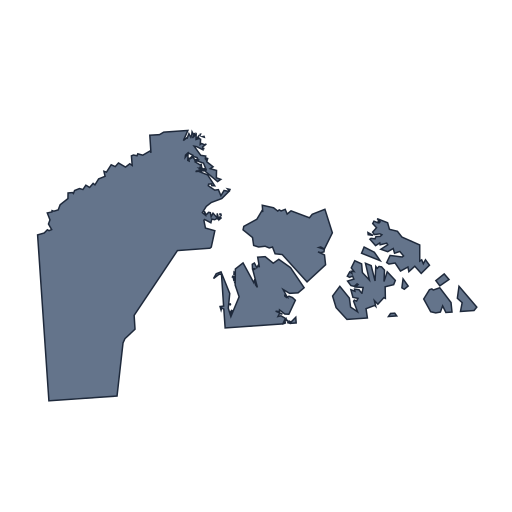 an SVG outline of Northwest Territories, rotated 86°
{"feature_id": "CAN-635", "entity_name": "Northwest Territories", "entity_type": "Territory", "adm_level": 1, "iso_a3": "CAN", "parent_name": "Canada", "parent_adm1": "", "projection": "mercator", "projection_center": [-123.126, 69.383], "detail": "fine", "context": "isolated", "style": "filled", "palette": "slate", "viewbox_px": 512, "rotation_deg": 86, "n_neighbors": 0, "source": "natural_earth", "source_scale": "10m", "svg_char_len": 6156}
<svg xmlns="http://www.w3.org/2000/svg" viewBox="0 0 512 512"><g transform="rotate(86 256 256)"><path d="M126.0,315.2L135.8,320.4L133.1,316.6L134.3,316.7L129.3,314.4L133.0,312.7L130.0,311.3L129.6,308.6L133.8,311.2L130.4,307.2L135.6,307.7L134.8,304.5L135.7,303.1L140.9,303.9L140.0,302.4L141.4,299.7L140.8,297.7L143.5,301.7L146.3,301.6L142.8,307.5L142.1,310.1L151.7,304.1L152.8,299.2L155.5,299.8L157.0,298.7L154.8,298.9L155.4,297.4L158.5,298.6L164.0,292.6L165.7,295.6L167.9,289.4L175.2,290.1L177.1,285.8L179.1,289.1L167.5,301.2L166.7,299.6L159.7,301.9L157.1,308.0L156.3,306.9L155.8,309.9L155.4,307.2L153.7,307.9L152.7,310.6L152.8,313.7L151.2,311.8L148.3,316.6L150.4,319.3L152.6,319.7L149.1,316.6L155.9,317.4L156.6,316.1L153.6,316.4L154.4,314.8L153.0,312.1L155.9,310.2L156.4,308.3L156.0,310.9L157.1,308.4L157.9,310.1L161.7,304.8L160.2,304.2L163.9,304.1L163.2,306.2L165.2,302.6L164.5,306.6L165.9,305.0L165.3,300.8L166.1,305.5L166.1,300.1L166.2,306.4L167.5,301.8L166.7,306.1L167.8,305.1L166.9,309.0L167.6,310.4L167.5,307.5L171.8,298.5L183.1,292.3L182.7,295.2L180.9,295.4L181.0,298.3L182.6,298.7L187.4,292.6L187.2,288.9L193.4,286.8L188.4,283.3L189.7,278.5L196.3,286.1L199.5,296.9L203.0,302.1L209.0,306.5L211.7,303.7L207.7,304.4L211.5,302.9L209.1,300.2L209.6,298.5L213.7,298.0L210.3,295.9L215.2,292.1L210.8,291.7L216.8,290.6L214.2,289.1L215.7,288.2L217.2,290.2L215.9,292.4L216.9,294.8L216.1,297.5L219.7,298.7L216.0,304.7L216.7,305.5L224.6,304.5L227.9,295.3L244.0,300.0L245.0,301.4L245.1,334.0L306.7,381.7L320.6,381.8L329.3,392.5L333.4,394.7L386.0,404.4L386.0,472.7L219.7,472.4L218.3,465.7L215.3,462.3L216.3,460.7L215.4,458.0L209.6,460.8L205.6,459.0L198.5,461.2L197.8,456.5L196.5,456.3L197.2,454.5L196.2,450.1L191.2,447.8L185.6,439.6L180.0,439.1L179.9,434.7L180.9,433.8L178.0,432.4L176.4,427.4L177.6,424.0L173.5,420.8L176.0,417.2L172.2,413.4L173.8,411.7L168.1,407.6L166.0,401.0L160.9,401.8L161.9,399.3L154.9,394.1L157.0,390.2L153.6,386.7L158.2,380.0L155.2,375.5L157.0,373.2L147.4,373.3L146.7,371.2L147.7,367.7L145.8,366.8L147.5,361.9L143.8,354.3L145.7,353.6L128.1,353.5L128.2,343.8L126.0,339.4L126.0,315.2ZM275.5,299.9L270.9,296.9L269.4,292.0L291.6,284.8L306.1,287.3L314.7,285.3L295.5,275.7L283.6,278.8L267.5,277.5L262.0,269.4L282.4,260.1L278.9,258.7L284.7,258.5L287.4,256.8L269.8,260.1L268.5,257.3L268.6,260.4L264.0,260.3L262.9,258.1L267.7,256.0L265.5,254.5L267.5,253.4L257.3,254.4L257.3,246.9L264.4,239.3L260.9,233.5L270.0,222.4L291.0,210.2L295.7,216.6L295.6,225.1L291.3,231.3L299.1,227.8L297.4,230.1L298.0,230.1L299.6,228.3L298.4,225.9L300.0,222.5L302.9,219.8L316.4,227.3L315.9,231.3L311.4,236.3L313.1,236.5L312.4,240.3L315.8,233.7L315.2,236.6L317.9,238.3L317.4,235.3L320.3,231.0L325.6,234.0L325.6,291.8L306.7,291.8L305.5,293.9L307.5,294.6L303.9,295.4L303.7,291.8L271.8,291.7L271.7,294.2L275.5,299.9ZM285.4,206.9L256.4,229.7L255.1,236.8L248.2,238.9L248.9,242.2L246.9,246.2L247.2,252.8L245.3,257.6L237.3,258.2L229.0,267.1L225.6,266.1L219.4,252.6L210.5,246.4L212.7,246.2L205.8,246.2L209.1,235.1L212.7,231.2L211.6,229.6L212.8,227.8L211.5,223.6L216.3,222.0L213.4,217.9L221.6,200.0L218.3,197.0L214.2,184.0L238.2,178.2L253.8,187.3L251.5,190.8L251.9,192.7L254.1,187.4L256.6,187.9L257.2,191.2L256.2,193.9L259.7,187.6L269.6,187.2L285.4,206.9ZM325.6,169.7L313.1,179.7L301.3,182.4L292.1,174.5L304.5,165.8L313.6,165.2L318.7,158.6L307.9,161.8L306.9,161.0L308.0,158.8L305.4,157.2L304.0,162.2L296.3,163.7L298.1,159.8L295.9,160.0L296.8,155.9L297.0,155.4L298.4,154.6L300.5,153.1L300.5,152.9L294.9,151.3L293.9,158.8L291.6,156.1L290.8,157.1L293.1,160.1L292.1,163.4L287.4,166.4L285.9,160.0L282.8,161.0L283.8,164.2L282.5,166.3L278.4,163.6L280.0,161.6L277.8,162.0L278.4,159.2L274.5,161.8L267.6,157.8L271.2,151.2L280.0,151.0L287.9,144.6L270.9,147.3L273.6,141.8L289.2,139.0L274.8,137.2L276.8,135.9L275.0,134.0L275.6,131.5L279.1,128.8L290.4,130.1L280.9,126.2L290.1,118.7L294.2,120.7L295.7,129.3L307.3,129.9L306.5,131.4L312.6,137.8L308.8,141.0L314.6,140.1L313.6,141.0L316.2,149.9L325.6,149.2L325.6,169.7ZM258.0,131.0L254.0,123.8L252.3,124.7L253.5,131.4L251.6,131.6L254.0,136.0L247.2,141.2L246.4,140.0L247.2,136.1L245.0,135.0L245.1,130.7L243.6,128.9L242.5,130.9L242.9,136.5L240.3,138.0L236.2,133.8L231.8,137.3L229.5,135.9L231.4,132.0L229.7,131.6L231.3,130.7L230.5,129.8L227.2,132.5L232.0,122.4L238.7,121.0L241.2,113.2L247.3,109.1L256.4,91.9L272.5,93.0L271.4,91.0L275.4,89.6L271.6,87.2L277.3,83.6L284.9,92.4L277.3,98.3L282.3,104.6L277.6,105.2L281.1,112.9L272.7,117.7L273.3,124.0L271.7,126.1L264.8,122.2L267.2,110.2L266.2,108.8L261.5,112.2L262.9,117.6L258.1,118.6L260.9,124.3L258.0,131.0ZM325.6,70.5L318.8,73.3L324.8,76.0L325.3,80.7L323.8,85.6L310.6,91.7L301.7,85.3L301.1,82.9L302.3,81.5L300.5,74.9L316.0,64.7L325.6,64.4L325.6,70.5ZM325.6,55.9L316.9,53.6L312.2,58.1L300.4,55.6L322.4,39.3L325.6,42.3L325.6,55.9ZM269.3,132.5L260.6,150.5L254.6,147.5L260.5,137.7L269.3,132.5ZM292.9,65.1L298.6,74.7L293.1,78.3L287.0,69.5L292.9,65.1ZM289.1,110.9L296.6,106.3L299.5,110.4L297.9,112.7L289.1,110.9ZM325.6,226.5L323.6,226.8L324.3,225.6L319.9,220.6L325.6,220.6L325.6,226.5ZM325.6,128.1L322.7,125.8L322.7,121.6L325.6,119.8L325.6,128.1ZM240.4,142.7L243.6,137.8L242.6,142.6L240.4,142.7ZM325.3,227.4L324.8,228.9L323.4,228.5L325.3,227.4ZM308.1,283.8L313.0,284.8L309.7,285.1L308.1,283.8ZM187.8,277.3L189.1,278.0L187.1,279.6L187.8,277.3ZM271.0,278.5L273.7,279.4L270.5,279.0L271.0,278.5ZM127.7,311.1L128.8,310.6L129.3,311.4L127.7,311.1ZM132.6,305.1L134.2,304.9L134.8,305.9L134.6,306.8L132.6,305.1ZM133.2,301.0L133.0,299.5L133.9,299.3L133.2,301.0ZM277.0,279.6L279.4,279.7L276.6,280.1L277.0,279.6ZM324.9,231.4L325.3,232.7L323.7,231.5L324.9,231.4ZM130.6,302.8L132.4,303.8L130.6,303.1L130.6,302.8ZM145.7,300.6L144.3,300.9L145.9,300.4L145.7,300.6ZM301.4,285.1L302.5,284.8L303.4,285.3L301.4,285.1ZM274.5,279.4L275.7,279.0L276.5,279.4L274.5,279.4ZM281.0,278.9L281.7,278.9L279.8,279.4L281.0,278.9ZM274.4,280.4L276.0,281.3L274.0,280.4L274.4,280.4ZM212.7,288.0L211.9,289.1L211.5,289.0L211.7,288.1L212.7,288.0ZM321.6,230.4L322.0,231.1L321.1,230.4L321.6,230.4ZM322.9,229.1L323.5,229.2L322.5,229.4L322.9,229.1ZM322.1,229.8L323.0,230.3L321.9,229.9L322.1,229.8Z" fill="#64748b" stroke="#1e293b" stroke-width="1.5"/></g></svg>